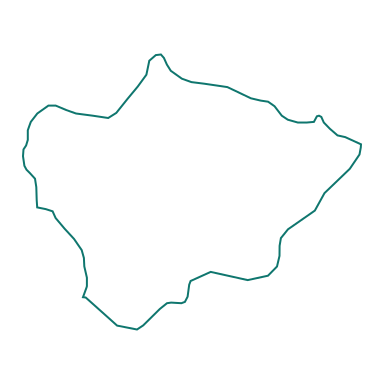 map outline of Novaci (Equal Earth projection)
{"feature_id": "MKD-2947", "entity_name": "Novaci", "entity_type": "Statistical Region", "adm_level": 1, "iso_a3": "MKD", "parent_name": "North Macedonia", "parent_adm1": "", "projection": "equal_earth", "projection_center": [21.636, 41.014], "detail": "fine", "context": "isolated", "style": "outline", "palette": "teal", "viewbox_px": 384, "rotation_deg": 0, "n_neighbors": 0, "source": "natural_earth", "source_scale": "10m", "svg_char_len": 1229}
<svg xmlns="http://www.w3.org/2000/svg" viewBox="0 0 384 384"><path d="M262.0,277.0L247.7,280.1L210.7,271.9L190.6,281.0L189.2,284.7L187.6,296.7L184.9,301.9L181.4,303.2L171.1,302.6L167.0,303.2L159.9,308.9L143.2,325.4L137.0,329.5L117.1,325.6L85.7,297.5L83.0,297.2L86.6,287.3L86.9,286.1L86.9,277.7L84.3,266.4L83.9,258.0L81.7,250.1L74.0,238.9L64.6,228.7L55.6,218.0L52.6,211.3L45.7,209.1L37.2,207.4L36.7,200.1L36.3,187.1L35.0,178.7L29.9,173.1L26.5,169.7L24.4,165.8L23.0,156.2L23.5,149.4L26.1,145.5L27.8,139.9L27.8,130.3L29.2,126.3L30.8,121.9L37.3,113.5L48.4,105.6L55.7,105.6L66.4,110.1L76.0,113.5L92.8,115.7L108.2,118.0L116.3,112.9L127.5,98.9L137.8,86.5L146.4,74.7L149.3,60.7L149.7,60.4L155.8,55.1L160.9,54.5L163.9,57.9L166.9,64.6L170.8,70.8L181.9,78.7L191.4,82.1L204.2,83.7L220.0,86.0L227.4,87.1L242.7,94.4L250.9,98.3L260.7,100.6L268.1,101.7L274.5,106.2L281.8,115.7L287.8,119.7L297.7,122.5L307.1,122.5L313.9,121.9L316.9,116.3L319.0,115.7L321.3,116.9L323.8,122.5L329.8,128.7L337.5,135.4L345.2,137.1L360.5,144.1L361.0,144.3L360.8,147.4L359.5,154.5L349.8,168.8L324.5,193.1L314.9,210.5L314.7,210.7L288.0,229.3L280.9,238.1L279.6,245.8L279.5,255.9L277.0,266.5L268.0,275.7L262.0,277.0Z" fill="none" stroke="#0f766e" stroke-width="2"/></svg>